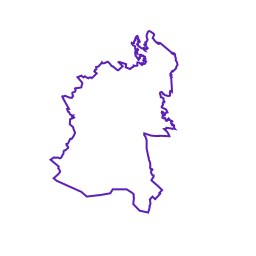 Feimaņu pag., Rezeknes, Latvia (Robinson projection), rotated 222°
{"feature_id": "27541924B82877950601433", "entity_name": "Feimaņu pag.", "entity_type": "district", "adm_level": 2, "iso_a3": "LVA", "parent_name": "Latvia", "parent_adm1": "Rezeknes", "projection": "robinson", "projection_center": [27.066, 56.267], "detail": "fine", "context": "isolated", "style": "outline", "palette": "violet", "viewbox_px": 256, "rotation_deg": 222, "n_neighbors": 0, "source": "geoboundaries", "source_scale": "gbopen_adm2", "svg_char_len": 5999}
<svg xmlns="http://www.w3.org/2000/svg" viewBox="0 0 256 256"><g transform="rotate(222 128 128)"><path d="M97.5,67.6L98.3,72.2L88.0,81.5L81.5,82.6L79.3,82.5L77.9,80.7L77.2,80.5L73.2,75.0L64.1,74.3L56.5,78.6L56.8,79.1L57.2,80.4L59.0,83.9L59.9,84.4L59.9,85.0L60.7,86.9L62.5,88.3L62.7,88.7L63.9,89.4L63.9,93.4L60.2,93.3L60.1,100.6L61.2,100.6L61.1,104.7L66.3,104.9L75.6,104.8L76.1,106.7L76.2,108.6L76.7,109.3L76.9,109.3L77.3,109.8L77.5,109.5L78.1,109.3L78.8,109.4L80.5,110.0L81.6,110.7L82.0,111.6L81.9,113.3L82.6,113.5L83.3,113.3L83.8,112.7L85.0,113.3L86.1,114.8L88.3,117.0L91.2,118.4L92.2,119.2L92.6,119.8L93.6,120.2L100.4,125.2L106.0,131.4L109.0,133.1L111.4,133.7L112.3,134.9L105.6,137.9L101.8,140.8L99.4,143.0L99.5,143.2L91.7,149.6L92.3,150.0L96.3,151.4L100.4,151.4L99.2,152.9L99.6,153.7L99.3,154.2L98.3,154.7L97.9,155.1L97.0,155.5L95.9,156.5L94.5,156.9L94.1,158.0L92.7,158.7L93.4,158.8L94.6,159.6L95.5,160.8L96.4,160.7L95.8,160.4L97.0,159.6L99.0,160.3L100.2,161.5L100.2,161.9L99.6,162.1L99.5,162.6L99.8,162.7L102.5,161.8L103.8,162.3L104.3,162.3L104.2,161.2L103.6,160.1L104.1,159.1L104.8,158.9L105.3,159.2L105.3,159.7L106.2,159.8L106.9,160.2L107.4,160.0L107.5,159.6L108.0,158.9L109.3,158.7L109.3,159.0L109.8,159.3L110.8,160.9L112.2,161.8L113.3,162.0L113.7,162.8L113.2,163.2L112.9,163.3L112.0,163.1L111.1,162.4L109.7,162.3L109.3,161.9L109.2,162.2L110.2,164.0L109.8,164.6L109.6,165.4L109.1,166.0L110.0,166.5L110.8,166.5L111.8,167.2L113.5,167.0L114.1,166.6L116.8,165.9L117.2,166.4L117.2,166.8L117.5,167.2L117.4,168.1L117.5,168.8L118.7,169.5L119.1,170.4L119.2,171.0L118.2,171.5L118.3,171.7L119.0,172.2L119.4,172.1L119.9,172.3L120.6,172.8L121.4,173.8L123.4,173.4L123.7,173.0L124.2,172.8L125.3,173.9L126.3,174.3L127.4,175.1L127.7,175.6L127.8,176.2L127.1,177.3L125.3,177.0L125.0,176.7L124.7,176.9L124.7,177.2L122.7,177.0L121.0,178.0L120.0,178.3L118.6,179.7L118.5,180.0L118.8,180.8L120.5,182.1L121.4,183.6L121.4,183.9L120.2,184.5L120.1,184.2L119.5,184.2L120.1,185.0L129.6,194.3L129.8,194.5L129.7,194.8L130.3,194.6L130.9,194.9L131.1,195.4L131.9,195.6L132.2,196.1L131.7,196.6L132.8,196.7L133.2,199.3L132.8,199.7L133.2,200.0L133.2,200.3L132.5,200.7L132.6,200.9L132.3,202.2L132.2,204.5L132.7,204.9L132.9,205.9L133.3,206.6L133.4,207.0L133.3,207.6L133.5,208.1L135.5,209.6L137.0,210.1L137.5,210.1L138.1,210.5L139.0,211.8L140.0,212.2L142.5,214.2L143.3,214.5L143.5,214.4L142.8,213.9L142.8,213.5L143.6,213.2L145.2,213.6L145.3,213.4L145.1,212.9L145.5,212.8L145.9,212.9L146.0,213.2L160.7,212.7L162.0,212.0L161.1,211.6L161.4,211.0L162.1,210.8L163.9,210.6L167.2,210.8L167.9,211.1L169.8,211.3L171.0,214.9L171.7,215.1L172.9,215.1L175.8,214.7L177.2,214.2L177.5,213.2L177.5,212.5L176.0,209.0L174.5,207.8L172.5,206.7L172.4,206.4L172.4,206.1L172.2,205.8L172.2,205.0L171.8,204.4L172.0,203.6L172.4,203.5L172.5,203.3L172.0,202.8L170.8,202.5L170.4,202.2L170.8,201.2L171.5,201.4L171.7,201.2L171.7,200.9L170.8,200.5L168.8,200.7L166.8,200.5L166.9,199.1L168.2,198.5L169.4,198.4L169.9,198.0L169.7,197.5L167.2,196.9L167.5,196.8L169.8,197.1L171.0,196.5L174.2,195.9L174.9,196.2L176.1,195.9L176.6,196.2L177.3,196.3L177.4,196.6L176.9,197.1L177.1,198.0L177.3,198.3L178.3,198.7L178.2,199.0L177.0,199.7L177.2,200.0L177.8,200.3L178.3,200.8L178.7,200.8L179.4,200.3L180.3,200.5L180.3,201.2L180.7,201.9L182.0,202.4L182.2,202.9L182.2,202.7L182.5,202.8L182.9,202.3L183.0,201.5L182.9,200.9L182.2,200.2L182.6,199.8L182.6,199.5L182.2,199.2L181.9,198.4L181.2,198.0L181.5,197.1L181.4,196.5L180.3,195.2L181.1,194.5L181.3,194.1L182.2,193.9L182.0,193.4L180.3,192.9L179.1,193.0L177.4,193.5L175.7,191.7L175.1,191.6L174.9,191.1L174.4,190.9L173.5,191.4L174.0,192.2L174.0,193.1L172.9,193.0L172.6,192.1L172.6,191.1L172.1,190.5L172.1,190.0L171.1,189.5L170.8,189.7L170.6,189.5L171.7,189.3L172.1,189.7L172.6,189.5L173.2,189.8L173.5,189.2L173.3,188.8L172.3,188.4L171.7,187.5L171.3,187.3L170.6,186.7L169.8,186.9L168.6,186.3L167.4,186.3L166.3,185.7L165.7,185.7L165.6,186.2L165.8,186.7L166.7,187.4L166.4,187.9L166.1,188.1L167.0,188.9L166.5,190.0L167.1,190.3L167.5,190.0L168.1,190.4L167.8,190.9L167.2,191.2L165.5,191.2L165.3,191.9L164.4,191.8L163.1,192.4L162.5,191.5L161.4,191.2L161.2,191.0L161.5,190.4L162.3,190.5L162.7,190.3L161.8,188.3L160.9,188.4L160.7,188.6L160.7,189.1L159.1,189.6L159.0,189.1L159.5,189.2L159.5,188.7L158.7,188.4L158.4,187.1L159.0,186.2L159.9,186.3L159.8,185.6L160.5,185.8L161.2,185.5L161.2,185.0L160.4,185.1L159.7,184.8L159.9,184.1L163.3,184.1L164.1,183.7L164.9,182.9L162.8,180.6L163.9,179.2L165.7,178.2L164.9,176.7L165.7,175.5L165.9,174.3L165.7,173.9L165.9,173.2L170.3,171.6L172.1,174.2L178.8,171.2L179.0,170.6L173.3,170.4L173.9,164.3L174.8,163.9L180.5,163.7L180.6,163.4L181.9,163.1L184.8,163.7L187.4,163.7L188.3,162.1L188.4,161.3L189.2,160.0L190.3,159.0L191.4,159.3L191.1,157.7L191.1,153.8L192.5,152.0L190.7,150.4L191.5,148.9L191.1,148.3L190.5,148.0L190.6,147.5L187.8,147.7L188.1,142.0L188.4,140.7L189.6,140.7L190.8,139.0L190.8,138.3L194.7,137.5L194.8,136.0L196.8,135.5L197.6,135.8L199.5,132.0L192.4,131.0L191.7,130.5L191.0,128.8L189.9,127.0L190.5,126.0L193.8,122.2L193.8,121.8L193.5,121.6L192.7,121.4L192.3,121.1L191.7,119.8L191.7,119.3L192.6,118.0L192.9,116.9L192.3,116.2L190.7,115.3L190.6,115.0L190.2,114.8L190.1,114.5L190.3,114.2L190.0,113.9L189.8,113.1L190.0,112.7L191.9,111.4L196.4,109.8L196.5,109.2L197.0,108.3L197.9,107.9L197.9,107.5L196.7,106.8L184.7,102.7L185.6,101.9L185.3,101.4L185.7,101.2L183.5,100.0L182.7,100.4L180.2,99.4L177.8,100.0L177.5,100.3L177.6,99.1L176.3,98.7L175.9,99.2L176.1,100.0L175.0,99.7L175.3,98.8L176.9,95.9L173.8,91.9L173.4,91.8L169.4,91.9L167.8,90.8L164.2,89.1L163.2,86.3L162.6,83.1L162.8,82.8L162.7,82.5L162.7,82.1L163.7,81.3L162.2,76.2L163.1,74.9L162.2,74.1L160.0,74.0L159.2,73.2L159.6,69.4L160.3,68.8L160.2,67.6L158.6,65.4L158.6,64.3L157.8,61.2L158.3,59.9L160.4,59.1L162.2,57.1L163.1,56.9L163.5,56.3L164.3,52.6L153.7,53.0L152.8,51.3L151.5,51.2L149.3,50.3L149.0,48.8L148.9,46.8L149.6,40.9L145.7,41.0L120.0,49.3L112.7,49.5L105.0,58.3L104.7,58.4L97.5,67.6Z" fill="none" stroke="#5b21b6" stroke-width="2"/></g></svg>